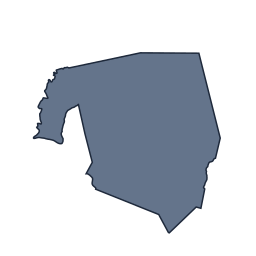 outline of San Francisco de Yojoa, Cortés, Honduras, rotated 285°
{"feature_id": "27666195B57789341600381", "entity_name": "San Francisco de Yojoa", "entity_type": "district", "adm_level": 2, "iso_a3": "HND", "parent_name": "Honduras", "parent_adm1": "Cortés", "projection": "natural_earth1", "projection_center": [-87.991, 15.032], "detail": "fine", "context": "isolated", "style": "filled", "palette": "slate", "viewbox_px": 256, "rotation_deg": 285, "n_neighbors": 0, "source": "geoboundaries", "source_scale": "gbopen_adm2", "svg_char_len": 5146}
<svg xmlns="http://www.w3.org/2000/svg" viewBox="0 0 256 256"><g transform="rotate(285 128 128)"><path d="M73.0,99.4L73.1,99.7L73.1,100.1L73.2,100.5L73.2,100.9L73.2,101.2L73.1,101.5L72.9,102.2L72.7,102.7L72.6,103.1L71.9,104.4L71.1,105.8L70.9,106.1L70.6,106.4L70.4,106.7L70.0,106.8L69.6,107.0L69.3,107.1L68.1,107.3L66.0,107.5L65.6,107.6L65.1,107.7L64.9,107.8L64.5,108.0L64.2,108.2L64.0,108.4L63.7,108.7L63.5,108.9L63.0,109.8L62.3,111.3L62.0,111.9L61.9,112.1L61.5,112.4L61.3,112.5L61.2,112.6L60.9,112.6L60.5,112.6L52.4,180.1L50.5,181.8L37.5,194.1L37.4,195.0L69.3,214.3L69.3,219.2L89.0,217.9L89.2,217.7L89.7,216.7L89.8,216.6L90.2,216.5L90.2,216.4L90.8,216.3L91.4,216.4L92.0,216.6L92.8,216.8L94.1,216.7L95.7,216.9L97.8,217.4L98.7,217.5L99.7,217.3L100.6,217.1L101.3,216.8L102.2,216.6L102.7,216.4L103.6,215.8L104.3,215.4L104.9,215.2L105.5,215.1L106.3,215.1L106.8,214.8L107.3,214.3L108.4,214.1L108.8,214.1L109.3,214.1L110.0,214.2L111.3,215.0L113.1,214.9L113.8,215.0L114.9,215.1L115.8,215.4L116.3,215.8L116.6,216.5L116.9,217.0L117.2,217.5L117.7,218.1L118.3,218.5L120.0,218.9L120.8,219.4L121.2,219.9L121.4,220.3L142.1,219.7L209.4,182.2L218.6,177.1L203.8,120.5L170.8,55.6L170.7,55.3L170.8,55.1L170.9,54.0L171.0,53.6L170.2,52.4L170.0,51.5L169.8,51.1L169.8,50.9L169.7,50.8L169.4,50.7L169.2,50.6L168.9,50.5L168.6,50.4L168.4,50.2L168.2,50.0L168.3,49.6L168.3,49.4L168.4,49.1L168.5,49.0L168.5,48.9L168.4,48.7L168.1,48.1L167.3,46.7L166.4,45.4L165.7,44.2L165.4,43.8L165.2,43.8L164.8,43.9L163.5,44.9L163.0,45.1L162.8,45.2L162.7,45.2L162.4,45.0L162.3,44.9L162.2,44.6L162.2,44.4L162.2,44.0L162.7,42.8L162.7,42.7L162.7,42.4L162.6,42.2L162.3,41.9L162.2,41.9L161.8,42.0L161.7,42.3L161.6,42.5L161.5,43.0L161.4,43.2L161.3,43.3L161.2,43.4L160.9,43.4L160.7,43.3L160.6,43.0L160.4,42.7L160.1,42.5L160.0,42.4L159.9,42.4L159.7,42.4L159.6,42.5L159.6,42.9L159.6,43.2L159.5,43.5L159.4,43.8L159.3,44.0L159.1,44.2L158.9,44.3L158.7,44.3L157.4,44.3L156.8,44.3L156.6,44.3L156.3,44.2L156.1,44.1L156.0,43.9L155.6,43.4L155.3,43.0L155.2,42.9L154.7,42.8L153.7,42.7L153.2,42.6L152.9,42.4L152.7,42.1L152.6,41.9L152.7,41.6L152.8,41.4L153.0,41.1L153.2,40.9L153.7,40.6L153.9,40.4L154.1,40.1L154.3,39.6L154.3,39.4L154.3,39.2L154.2,39.1L153.9,38.9L153.6,38.8L153.4,38.8L153.2,38.9L152.9,39.0L152.5,39.2L152.3,39.3L152.0,39.4L151.7,39.5L151.5,39.4L151.4,39.4L150.9,39.1L150.5,38.9L150.0,38.7L149.8,38.7L149.5,38.7L149.1,38.7L148.1,38.9L147.2,38.9L145.4,39.0L145.0,39.0L144.6,38.9L144.2,38.8L143.9,38.7L143.3,38.3L142.8,38.1L142.5,37.9L142.3,37.9L142.2,37.9L142.0,38.0L141.7,38.2L141.4,38.5L140.9,39.1L139.4,40.5L138.8,40.9L137.8,41.6L137.2,42.2L136.8,42.5L136.5,42.7L136.3,42.9L136.2,42.9L135.9,42.7L135.7,42.2L135.5,41.0L135.3,38.9L135.3,38.7L135.2,38.5L135.1,38.4L134.8,38.2L134.6,38.2L134.4,38.2L134.1,38.2L133.8,38.2L133.4,38.1L132.9,37.9L132.6,37.8L132.4,37.7L132.2,37.5L131.8,37.2L131.6,37.1L131.0,36.9L130.5,36.7L130.2,36.6L129.2,36.4L128.2,36.2L126.8,35.9L125.8,35.7L125.7,35.7L125.4,35.7L125.2,35.8L124.9,35.9L124.7,36.0L124.4,36.5L124.2,36.8L124.1,37.1L123.9,37.5L123.9,37.8L124.0,38.1L124.0,38.4L124.3,39.1L124.3,39.3L124.3,39.5L124.2,39.7L124.0,39.8L123.8,39.9L123.7,39.9L123.2,39.9L122.8,39.9L121.8,39.8L120.9,39.7L120.4,39.6L119.6,39.4L119.2,39.2L118.8,39.1L118.5,39.2L117.8,39.4L116.6,39.8L115.0,40.5L113.9,40.8L112.4,41.7L111.1,42.7L110.9,42.8L110.6,43.0L110.2,43.1L109.8,43.1L109.6,43.1L109.4,43.0L109.3,42.8L109.3,42.4L109.3,42.1L109.3,41.7L109.4,41.2L109.4,40.8L109.3,40.5L109.2,40.1L109.1,39.7L108.9,39.5L108.5,39.6L108.0,39.9L107.5,40.1L107.3,40.2L107.1,40.3L106.5,40.3L106.2,40.3L105.8,40.3L105.7,40.2L105.5,39.9L105.4,39.8L105.2,39.8L105.1,39.7L105.0,39.8L104.9,39.8L104.7,39.9L104.4,40.4L104.1,40.9L103.5,42.0L103.3,42.3L103.1,42.6L102.8,42.8L102.5,43.0L102.1,43.1L101.7,43.1L100.9,43.1L100.5,43.0L99.8,42.8L99.1,42.4L98.3,42.0L97.3,41.4L96.8,41.0L96.3,40.5L95.9,40.1L95.4,39.8L95.0,39.5L94.7,39.3L94.4,39.3L94.1,39.3L93.9,39.3L93.7,39.5L93.6,39.8L93.7,40.0L93.8,40.5L94.2,41.3L94.8,42.2L95.1,42.8L95.5,43.5L95.6,43.9L95.7,44.2L95.9,44.9L96.1,47.0L96.2,47.9L96.4,49.0L96.4,49.4L96.5,49.9L96.4,51.3L96.5,53.3L96.5,53.7L96.7,55.1L96.8,56.9L96.8,57.9L96.8,58.8L96.7,59.6L96.6,60.0L96.5,60.4L96.3,61.1L95.9,62.2L95.7,62.9L95.5,63.5L95.4,64.0L95.3,64.5L95.3,65.0L95.2,65.4L95.2,65.8L95.3,66.2L95.3,66.5L95.4,67.0L95.6,67.5L95.7,67.8L95.8,68.0L96.0,68.1L96.2,68.3L96.9,68.4L97.8,68.6L98.3,68.6L98.8,68.5L99.5,68.4L100.2,68.2L100.8,68.1L101.1,67.8L103.2,66.0L103.5,65.8L104.1,65.4L104.6,65.2L105.1,65.0L105.5,64.9L105.8,64.9L106.6,65.0L107.0,65.1L107.4,65.3L107.6,65.3L107.8,65.2L108.0,65.1L108.6,64.9L109.9,64.7L110.2,64.7L110.8,64.7L111.2,64.7L113.3,64.6L115.2,64.7L117.1,64.9L117.5,64.9L118.0,64.8L118.7,64.6L119.3,64.3L119.6,64.2L120.0,64.1L120.3,64.1L120.8,64.1L122.1,64.3L123.1,64.4L123.6,64.4L124.2,64.3L124.9,64.2L125.6,64.2L126.3,64.3L126.9,64.4L127.5,64.6L128.1,64.8L129.3,65.2L129.4,65.3L131.8,67.7L132.5,68.2L132.8,68.5L133.2,69.0L133.8,70.0L134.1,70.5L134.5,70.9L134.7,71.1L135.4,71.6L136.1,72.3L136.1,72.5L136.3,72.8L136.5,73.0L136.8,73.2L137.6,73.6L137.8,73.8L137.9,74.0L111.3,87.9L85.6,102.4L73.0,99.4Z" fill="#64748b" stroke="#1e293b" stroke-width="1.5"/></g></svg>